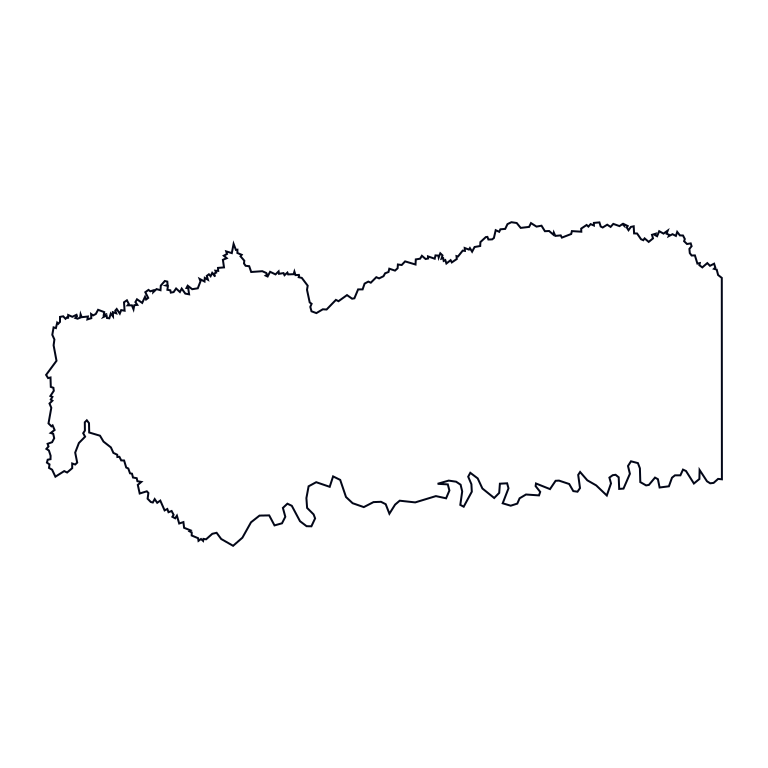 Mapiripán, Meta, Colombia
{"feature_id": "7082276B47302113121733", "entity_name": "Mapiripán", "entity_type": "district", "adm_level": 2, "iso_a3": "COL", "parent_name": "Colombia", "parent_adm1": "Meta", "projection": "natural_earth1", "projection_center": [-72.385, 3.106], "detail": "fine", "context": "isolated", "style": "outline", "palette": "ink", "viewbox_px": 768, "rotation_deg": 0, "n_neighbors": 0, "source": "geoboundaries", "source_scale": "gbopen_adm2", "svg_char_len": 6049}
<svg xmlns="http://www.w3.org/2000/svg" viewBox="0 0 768 768"><path d="M60.0,316.9L60.0,321.9L58.2,323.8L57.2,322.7L55.9,328.1L53.6,327.4L52.3,334.8L54.4,339.5L53.6,345.3L56.5,360.8L46.1,374.9L48.1,378.1L50.5,377.5L50.8,386.9L53.4,387.8L53.8,390.8L50.4,396.0L52.4,396.9L50.8,399.6L52.4,400.7L49.5,403.5L51.3,407.8L48.5,423.4L51.4,426.3L52.6,425.4L54.6,430.0L50.7,433.0L53.2,433.8L54.2,438.2L52.1,442.2L47.6,443.8L48.5,446.5L46.4,448.9L48.9,450.5L50.6,455.7L50.5,459.2L47.7,459.7L46.9,462.6L49.5,464.4L49.0,467.9L52.1,469.7L55.4,476.7L64.2,471.1L67.1,472.5L72.2,468.2L72.2,463.5L75.2,464.5L77.2,462.6L75.2,452.6L78.9,443.0L85.1,436.7L83.2,433.2L84.9,430.6L84.8,422.3L86.8,420.3L89.0,423.1L89.2,432.5L100.0,435.7L103.5,441.6L110.9,447.4L113.4,452.9L117.2,454.7L117.4,457.0L119.4,456.8L121.2,460.4L124.1,460.5L126.2,467.5L128.3,468.5L130.0,473.3L132.0,473.7L133.0,477.5L136.7,478.2L137.4,481.2L141.3,481.9L137.8,484.9L139.7,493.5L146.8,491.3L148.4,493.0L147.6,498.7L150.8,502.0L152.8,502.5L154.7,499.1L157.2,502.8L160.3,500.6L164.6,510.4L167.3,509.0L168.5,512.2L171.6,511.0L173.6,514.8L172.4,516.8L175.2,518.3L176.9,515.7L179.2,523.5L183.4,522.1L184.1,527.8L190.6,530.4L189.5,531.3L191.7,532.4L191.7,535.5L198.1,538.2L198.5,540.8L201.0,539.0L203.1,540.9L203.5,538.9L206.1,539.3L212.3,533.8L216.6,532.8L221.2,539.0L233.1,545.8L242.4,537.7L251.0,522.3L259.5,515.6L269.2,515.4L274.5,525.4L282.0,523.3L285.3,516.8L282.9,507.9L287.4,503.7L291.8,505.8L300.0,521.2L306.6,526.2L311.4,526.3L315.1,518.4L313.6,514.4L307.1,507.9L306.4,498.1L308.6,486.3L316.2,482.2L329.7,486.8L333.1,476.4L340.2,479.9L346.0,497.0L352.6,503.2L363.8,507.1L373.5,502.1L381.0,501.8L385.7,504.2L389.4,513.7L395.1,504.6L399.7,500.7L415.2,502.4L435.9,496.1L446.1,498.3L449.4,490.5L447.8,484.4L437.6,483.8L448.7,480.6L456.1,481.7L460.6,484.7L462.2,491.4L460.3,504.9L463.7,506.7L471.8,491.7L471.4,484.2L468.2,476.7L470.3,472.8L477.7,478.4L482.4,488.5L494.2,498.0L499.2,492.9L499.9,483.7L507.1,483.3L508.5,488.3L502.7,503.3L510.7,505.7L517.3,503.6L519.6,498.3L526.0,494.5L539.0,495.4L540.2,491.9L535.6,486.1L536.0,483.5L550.0,489.1L555.6,480.8L559.0,480.6L569.2,484.0L573.3,491.1L577.5,491.7L580.0,488.1L578.2,474.9L580.1,472.0L587.3,480.3L596.2,485.4L606.8,495.5L611.0,483.4L609.4,477.6L612.7,475.2L615.6,474.8L618.7,477.3L619.2,488.9L623.5,488.6L629.9,473.8L628.0,466.0L631.0,461.3L637.9,463.1L639.9,468.3L640.3,482.1L646.1,485.4L648.9,484.9L655.0,477.6L657.9,479.2L659.6,487.5L668.9,486.3L672.0,477.7L675.0,475.3L680.4,475.3L683.0,469.6L686.0,471.0L693.9,483.5L699.4,479.0L699.6,470.0L707.0,481.3L710.2,483.3L713.6,482.9L718.1,478.9L721.9,479.3L721.8,277.9L718.1,275.0L716.7,269.6L714.0,268.8L715.3,267.5L714.1,263.7L710.0,265.8L707.3,263.1L702.3,267.4L699.4,265.2L699.8,263.1L697.4,263.6L694.9,255.4L691.6,255.5L689.8,253.1L689.4,248.9L691.6,246.2L690.7,243.4L687.0,244.0L684.1,241.2L684.8,239.0L683.0,235.5L679.9,235.4L677.2,231.9L675.9,235.9L672.5,234.2L668.8,236.1L669.3,234.9L666.6,233.7L667.7,230.6L663.5,233.6L659.2,231.2L657.1,236.2L655.2,235.2L655.7,233.7L652.0,234.8L653.0,238.4L648.7,241.9L644.6,238.4L643.3,240.2L641.0,239.2L637.1,233.5L634.1,233.4L633.7,226.3L630.9,226.9L628.5,230.2L626.8,227.5L627.7,226.0L624.0,224.2L624.2,225.8L622.4,224.1L619.5,226.1L613.3,223.9L610.6,226.9L607.2,224.7L602.7,227.5L600.7,226.5L599.4,222.4L593.9,222.9L593.9,225.5L590.6,224.1L588.4,226.6L586.6,225.0L581.2,228.6L581.3,231.7L571.9,231.1L571.2,234.0L561.9,237.6L560.7,235.4L555.3,235.9L553.8,232.5L553.3,234.6L549.1,231.0L544.9,231.2L541.5,225.7L536.5,226.6L531.0,223.1L529.1,226.9L520.7,227.9L516.7,223.0L511.4,222.2L507.5,224.1L505.2,228.9L500.4,229.3L499.2,231.8L495.7,230.2L493.9,238.0L492.1,239.4L488.4,239.5L487.4,236.9L485.8,237.1L480.4,242.1L480.2,246.0L474.6,247.0L472.1,251.7L469.9,248.1L468.9,249.6L464.7,248.0L464.9,250.9L462.7,250.6L458.0,256.5L456.5,256.1L456.8,259.0L451.8,262.4L450.6,260.2L446.4,263.5L445.3,260.1L443.7,260.9L443.2,258.2L441.5,258.7L442.5,255.4L440.3,253.3L438.7,257.4L438.4,255.6L435.5,255.4L434.7,258.7L428.0,256.4L428.1,258.5L425.6,259.0L421.9,255.8L420.1,258.7L415.8,259.4L415.5,264.5L405.1,261.4L401.7,265.0L397.9,264.5L397.6,268.3L395.0,270.6L389.3,268.7L388.5,272.0L385.1,273.3L383.5,276.2L379.1,278.4L376.3,277.2L370.8,282.7L368.3,281.6L364.6,283.6L362.6,289.4L358.1,289.4L354.4,298.3L352.1,298.7L347.0,295.1L338.5,301.2L335.9,299.9L326.6,309.5L322.8,309.3L316.4,313.1L311.5,311.3L310.3,306.9L311.6,303.8L309.7,302.4L307.0,289.8L307.7,285.7L301.8,277.9L298.7,277.2L299.1,275.5L298.9,274.9L295.5,275.1L294.4,271.6L293.6,274.2L288.1,274.4L287.4,272.6L284.5,275.2L283.5,273.1L279.0,273.8L278.6,271.4L275.5,274.4L270.1,271.8L267.6,276.5L265.7,275.6L267.1,274.6L266.3,273.0L262.3,271.2L251.2,272.0L249.2,266.2L245.6,265.8L244.0,263.5L244.3,260.7L240.5,256.3L241.7,254.8L237.4,253.0L237.4,249.7L235.9,249.9L233.6,243.9L231.8,253.1L226.2,251.4L227.0,254.0L223.8,255.7L226.7,258.2L222.9,259.8L224.0,267.4L218.0,267.9L218.2,270.9L215.4,270.7L216.2,272.6L214.1,273.6L215.1,276.6L212.2,272.9L210.6,276.2L208.9,274.3L206.8,275.9L207.9,279.7L204.8,277.9L204.5,281.5L199.6,278.9L200.5,281.3L197.8,288.3L192.2,289.2L187.7,285.7L186.5,288.0L188.2,288.2L189.1,294.3L185.3,293.6L181.7,288.6L179.9,292.0L176.1,288.5L173.6,292.1L170.8,292.6L170.3,290.3L167.4,289.8L167.9,286.0L165.9,285.5L167.6,284.9L167.3,281.6L164.8,281.0L160.8,285.6L160.5,290.2L156.5,289.1L153.3,292.1L153.5,290.3L150.3,291.3L148.5,289.9L145.3,292.2L148.2,297.9L146.1,299.5L145.0,296.9L142.2,302.9L137.0,299.3L135.4,302.1L137.3,304.9L134.3,305.2L133.5,309.3L131.9,305.3L127.7,305.3L128.8,303.9L126.9,300.3L124.0,302.3L124.6,310.7L121.2,310.1L119.8,313.6L116.7,309.0L115.3,310.6L116.2,313.3L112.9,312.2L113.0,316.4L110.8,313.5L109.3,318.3L107.0,318.0L106.6,315.6L103.6,316.9L105.3,314.4L103.8,314.7L104.2,312.1L98.1,309.8L95.8,314.0L93.1,315.4L91.1,314.0L91.3,318.2L87.4,319.4L87.9,316.5L81.7,317.2L80.6,314.3L80.1,317.7L77.6,318.7L75.4,318.0L77.0,316.2L76.5,314.8L72.3,316.8L68.2,315.0L68.1,318.6L67.5,316.9L65.5,318.8L63.2,316.3L60.0,316.9Z" fill="none" stroke="#020617" stroke-width="2"/></svg>